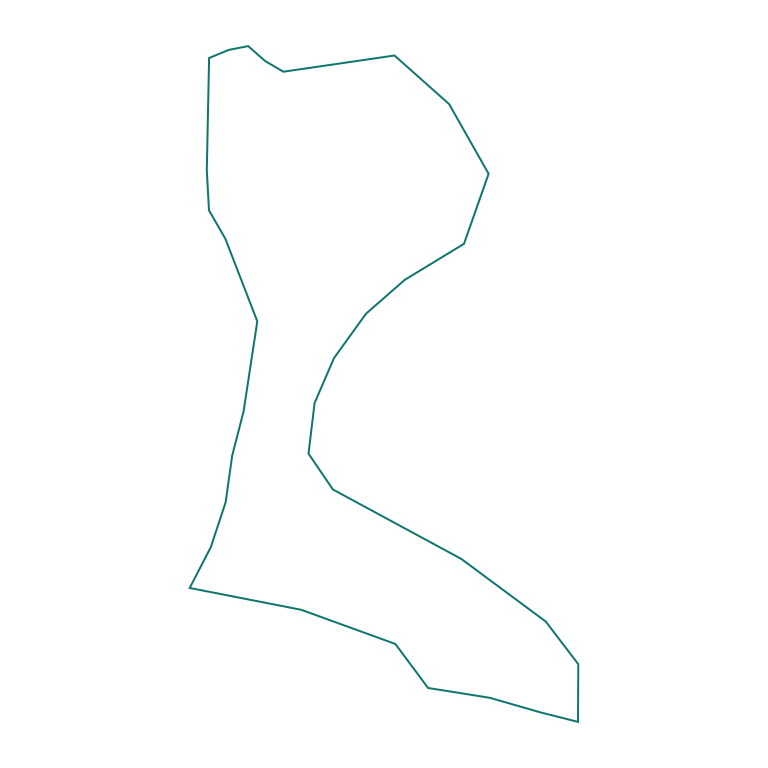 the County of Bulambuli
{"feature_id": "UGA-5613", "entity_name": "Bulambuli", "entity_type": "County", "adm_level": 1, "iso_a3": "UGA", "parent_name": "Uganda", "parent_adm1": "", "projection": "equal_earth", "projection_center": [34.336, 1.363], "detail": "fine", "context": "isolated", "style": "outline", "palette": "teal", "viewbox_px": 768, "rotation_deg": 0, "n_neighbors": 0, "source": "natural_earth", "source_scale": "10m", "svg_char_len": 528}
<svg xmlns="http://www.w3.org/2000/svg" viewBox="0 0 768 768"><path d="M248.2,46.1L265.2,61.1L283.3,71.7L394.5,55.5L449.2,104.2L488.6,173.8L464.0,243.8L404.8,279.8L366.0,313.7L334.0,358.1L314.6,403.0L308.5,453.6L332.9,489.5L461.4,559.0L545.8,621.6L578.3,664.2L578.0,721.9L540.5,712.4L489.7,697.8L428.1,688.0L395.4,644.0L301.2,609.8L189.7,588.0L210.8,547.2L225.6,502.4L232.2,455.7L243.6,411.3L257.3,321.3L225.3,238.6L209.0,210.4L206.8,170.2L209.1,58.0L228.7,49.9L248.2,46.1Z" fill="none" stroke="#0f766e" stroke-width="2"/></svg>